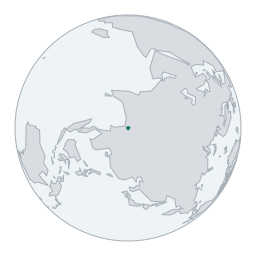 Sylhet on an orthographic globe, rotated 115°
{"feature_id": "BGD-2488", "entity_name": "Sylhet", "entity_type": "Division", "adm_level": 1, "iso_a3": "BGD", "parent_name": "Bangladesh", "parent_adm1": "", "projection": "orthographic", "projection_center": [91.663, 24.595], "detail": "fine", "context": "on_globe", "style": "filled", "palette": "teal", "viewbox_px": 256, "rotation_deg": 115, "n_neighbors": 0, "source": "natural_earth", "source_scale": "10m", "svg_char_len": 10822}
<svg xmlns="http://www.w3.org/2000/svg" viewBox="0 0 256 256"><g transform="rotate(115 128 128)"><circle cx="128" cy="128" r="113" fill="#eef3f6" stroke="#a8b0b8"/><path d="M170.9,23.9L170.6,23.7L174.9,26.7L179.6,29.3L175.9,27.7L187.2,34.2L191.7,38.3L184.5,32.7L182.2,31.5L184.2,33.6L182.2,32.9L182.0,33.7L179.5,32.7L175.5,29.9L173.7,29.3L175.3,30.9L173.7,31.2L171.7,28.9L168.7,29.3L161.4,25.4L158.2,21.2L152.1,19.4L143.2,16.6L141.9,16.6L137.7,15.9L134.7,15.8L133.9,15.6L132.1,15.7L133.4,15.9L133.1,16.1L131.4,16.1L130.1,15.8L130.8,15.7L129.5,15.7L128.6,15.6L127.2,15.4L126.1,15.7L122.9,15.7L122.7,15.5L126.0,15.4L127.6,15.4L136.5,15.7L145.3,16.7L154.0,18.4L162.6,20.8L170.9,23.9ZM183.5,31.5L182.2,30.4L184.1,31.8L183.5,31.5ZM182.5,33.9L183.5,34.6L183.0,34.7L182.5,33.9ZM178.6,33.5L177.4,33.7L177.9,33.0L178.6,33.5ZM126.2,15.4L125.0,15.4L126.2,15.4ZM176.3,33.6L173.6,34.5L175.6,35.8L168.4,32.9L173.1,32.9L173.4,31.7L174.6,32.9L176.3,33.6ZM134.6,16.0L133.1,15.7L135.9,16.0L134.6,16.0ZM136.4,16.1L145.4,17.1L146.7,17.7L143.4,17.2L146.4,18.1L142.6,17.9L140.1,17.3L140.0,16.9L138.7,17.2L136.4,16.1ZM164.9,31.3L163.6,31.2L164.2,30.8L164.9,31.3ZM133.2,16.2L134.9,16.2L136.1,16.7L133.0,16.7L133.6,16.5L133.2,16.2ZM149.0,18.6L149.4,19.1L146.4,19.0L146.2,19.2L142.6,17.9L149.0,18.6ZM132.4,16.5L131.3,16.7L129.2,16.6L131.6,16.2L132.4,16.5ZM137.8,16.9L138.2,17.2L136.9,17.0L137.8,16.9ZM121.0,16.6L123.0,16.5L123.9,16.6L121.0,16.6ZM131.0,16.9L131.8,16.9L132.3,17.0L131.2,17.2L131.0,16.9ZM140.8,18.1L139.5,18.0L142.1,18.5L140.0,18.7L138.0,17.9L138.0,18.3L137.3,18.3L136.4,17.6L140.8,18.1ZM131.7,17.8L128.4,17.1L124.5,17.3L123.7,17.0L130.1,16.9L131.7,17.8ZM134.5,17.7L132.6,17.7L132.5,17.3L133.8,17.1L134.5,17.7ZM139.3,19.1L143.0,19.1L143.3,19.3L139.3,19.1ZM130.5,17.9L131.3,18.1L130.3,18.0L130.5,17.9ZM136.6,18.7L137.9,18.7L138.2,18.9L136.6,18.7ZM131.9,18.6L130.8,18.3L131.7,18.1L131.9,18.6ZM134.0,18.7L134.2,19.0L132.6,18.2L134.6,18.6L134.0,18.7ZM136.7,19.0L137.3,19.1L136.1,19.0L136.7,19.0ZM129.2,19.7L127.1,18.7L129.0,18.2L130.8,19.2L129.2,19.7ZM31.6,69.7L37.4,63.1L36.1,66.4L39.3,71.0L39.1,72.7L35.5,76.9L35.2,88.5L39.0,85.8L42.0,93.9L46.2,96.7L53.5,88.2L46.8,83.3L48.9,77.9L56.9,77.8L63.3,82.6L64.3,80.7L63.0,74.2L67.3,72.1L62.9,71.8L62.6,74.3L59.9,74.3L60.0,72.0L61.5,71.3L60.3,69.3L53.5,73.8L52.4,76.9L47.7,74.6L45.5,79.6L43.3,80.6L46.1,72.7L48.0,70.6L51.0,61.2L48.6,63.1L45.6,72.3L45.3,70.9L42.0,74.2L44.2,70.6L48.1,60.6L45.7,58.9L37.9,64.3L37.5,63.2L39.4,59.7L47.2,51.5L47.1,55.0L49.9,52.7L54.1,47.7L53.7,49.3L55.4,47.9L55.8,49.2L60.5,47.6L61.5,48.8L67.3,45.0L68.6,45.3L64.8,47.3L62.7,49.6L65.7,53.1L67.4,52.9L71.0,50.3L71.3,51.8L74.4,48.9L78.1,50.1L76.1,46.4L80.2,43.8L84.6,43.0L85.6,41.6L78.5,42.9L75.9,44.1L74.3,46.1L67.1,49.4L65.2,48.9L71.4,43.4L69.4,42.3L75.2,38.9L90.9,36.7L95.5,37.8L94.6,44.8L91.3,45.8L89.9,43.7L87.5,48.0L89.5,46.5L89.8,47.9L93.8,46.2L94.2,47.2L97.3,44.1L98.3,45.1L96.3,47.0L103.0,45.8L106.1,47.6L107.4,46.9L107.9,45.7L111.5,49.1L112.3,48.4L111.5,47.0L112.5,45.0L115.8,42.7L116.9,44.0L115.8,45.0L115.2,49.2L112.2,51.9L113.0,52.2L115.8,50.2L116.6,45.0L118.3,43.4L118.4,45.7L118.5,44.7L119.6,44.3L121.8,45.2L121.9,42.7L133.3,37.7L138.5,39.3L137.4,41.6L146.4,40.6L151.6,43.2L150.8,41.8L154.7,40.8L153.1,39.9L153.0,39.2L162.1,37.2L165.0,37.9L168.0,36.1L167.6,35.5L165.6,34.8L168.4,32.9L175.6,35.8L176.2,37.0L180.3,38.2L181.0,41.0L183.4,44.0L181.7,46.7L183.8,49.2L185.2,49.5L189.1,53.3L192.3,60.8L183.6,53.5L177.6,43.5L179.5,47.3L177.3,46.2L176.8,47.5L178.3,50.4L179.6,50.8L172.7,55.5L172.7,64.0L177.2,63.2L180.6,65.6L184.5,76.2L178.7,91.7L183.3,96.3L184.0,99.6L181.1,101.9L179.9,97.2L176.3,95.7L176.1,92.9L171.0,95.5L170.5,91.6L166.8,95.8L168.9,98.8L173.6,97.7L170.6,103.5L176.3,108.7L177.7,115.3L170.6,127.8L162.4,131.9L162.0,134.0L158.4,131.8L154.0,136.2L161.3,147.7L161.2,151.1L154.0,157.8L153.7,155.3L144.1,149.4L142.6,157.4L150.0,163.9L152.5,171.4L147.0,169.2L144.4,162.5L141.0,160.2L141.6,153.3L138.3,142.8L132.8,144.7L133.0,140.5L127.6,131.6L119.4,133.9L106.7,144.1L105.3,154.7L100.8,158.8L94.3,142.6L93.8,132.0L90.0,132.3L84.5,122.3L70.9,118.4L70.3,115.4L67.4,115.9L63.8,111.8L63.4,106.9L60.6,106.2L62.0,119.2L65.2,120.0L69.7,116.7L69.4,121.0L73.0,126.0L64.2,133.7L46.1,136.1L46.6,127.9L44.6,102.3L45.9,100.2L46.0,99.9L46.1,99.4L43.6,102.6L44.0,97.8L42.7,114.7L41.4,121.3L45.8,136.5L44.8,137.3L46.9,140.9L56.4,141.5L55.9,144.1L50.1,154.1L39.0,164.8L41.8,176.0L43.2,184.4L39.2,186.8L42.6,193.7L40.9,194.2L42.8,197.7L43.2,200.0L42.7,201.1L39.4,197.5L36.4,193.5L36.1,193.1L30.5,184.4L21.7,165.2L20.2,158.9L18.9,152.5L16.3,135.8L16.7,129.1L16.5,125.0L16.0,123.8L16.2,119.0L16.0,117.7L16.0,115.8L17.2,107.7L19.0,99.7L21.3,91.9L24.2,84.2L27.7,76.8L31.6,69.7ZM30.9,71.2L29.9,73.0L30.9,71.2ZM67.7,92.9L73.1,95.6L74.7,88.6L76.9,89.2L76.6,86.7L74.8,88.1L74.8,81.7L78.5,81.0L79.9,78.3L78.2,77.3L71.3,79.7L71.3,88.7L68.4,90.6L67.7,92.9ZM64.4,39.7L63.2,41.1L61.1,42.3L59.8,41.6L62.9,39.8L64.4,39.7ZM62.0,42.9L68.5,38.1L69.6,38.6L67.9,39.1L67.9,39.9L65.2,40.9L59.8,46.5L57.6,48.0L56.4,45.5L58.0,45.3L59.1,43.8L62.0,42.9ZM83.4,27.6L86.2,26.2L84.8,28.9L82.3,29.9L80.9,29.1L83.0,27.5L83.4,27.6ZM118.2,15.9L119.4,15.8L119.7,15.8L119.0,15.9L118.2,15.9ZM118.4,15.8L116.4,16.0L116.2,16.1L117.1,16.1L121.8,16.0L128.2,15.8L129.1,16.2L128.0,16.5L126.6,16.6L126.5,16.2L124.7,16.6L123.4,16.2L121.9,16.5L113.4,16.8L114.3,16.5L108.3,17.3L108.3,17.1L112.3,16.5L107.8,17.2L118.4,15.8ZM114.8,24.1L115.3,23.0L111.4,25.1L110.1,24.1L109.8,24.4L107.5,24.2L104.2,24.6L104.1,24.1L102.8,24.5L101.3,24.4L99.5,24.8L98.7,24.2L96.5,24.7L97.4,24.1L93.8,25.2L96.1,24.1L94.4,24.2L93.0,25.2L92.9,21.9L91.1,21.9L88.3,22.7L92.7,21.1L98.1,19.5L103.3,18.6L104.5,19.0L106.3,18.4L107.3,18.5L105.5,18.9L108.9,18.3L109.3,18.6L114.0,18.7L118.8,18.0L120.6,18.1L118.9,18.5L121.9,18.4L120.0,19.4L121.3,19.6L120.7,20.8L116.7,21.8L118.4,21.9L118.0,23.1L114.8,24.1ZM128.9,20.0L124.5,21.0L121.6,21.0L123.9,18.8L123.0,18.5L124.4,17.4L128.5,17.5L127.8,17.7L128.0,18.0L126.6,17.9L127.9,18.2L126.8,18.7L127.5,19.1L125.9,19.3L128.9,20.0ZM41.0,71.7L41.2,72.6L42.1,73.4L40.1,75.6L41.0,71.7ZM43.5,64.9L44.0,65.2L41.5,68.4L41.3,67.6L43.5,64.9ZM46.4,62.7L44.2,64.9L45.2,63.3L46.4,62.7ZM65.5,47.5L66.3,47.8L65.6,48.5L64.1,49.2L65.5,47.5ZM103.2,31.1L103.9,30.2L104.7,30.2L108.0,28.5L109.2,29.3L107.7,30.5L103.2,31.1ZM51.2,89.0L48.8,89.9L48.7,88.6L49.5,88.5L51.2,89.0ZM43.2,82.5L44.0,85.2L42.7,83.1L43.2,82.5ZM105.1,31.7L106.3,30.9L106.2,31.7L105.1,31.7ZM110.3,29.7L110.5,30.6L109.8,29.2L110.3,29.7ZM99.2,233.4L101.4,234.4L99.7,234.1L99.2,233.4ZM56.4,188.9L56.3,201.5L52.6,199.9L49.9,195.3L48.6,187.2L52.3,186.5L53.6,183.2L56.4,188.9ZM179.0,186.1L182.0,186.1L181.8,186.5L179.0,186.1ZM175.8,184.9L179.3,184.6L175.1,186.0L175.8,184.9ZM180.7,184.5L184.3,183.1L185.8,182.1L185.5,183.1L180.7,184.5ZM173.4,185.3L159.9,186.4L154.5,185.4L155.8,183.7L164.6,183.6L173.4,185.3ZM155.4,183.7L147.0,179.2L135.1,164.8L139.4,165.1L151.8,173.6L151.0,175.2L156.1,178.8L155.4,183.7ZM175.4,173.2L174.6,177.7L167.2,178.1L163.8,177.6L161.5,172.0L162.8,169.0L165.6,168.9L176.1,157.7L179.8,159.7L176.7,164.4L179.7,168.0L175.4,173.2ZM105.8,155.8L108.5,162.3L106.0,163.1L105.8,155.8ZM180.0,149.9L176.0,155.0L179.6,148.4L180.0,149.9ZM182.0,143.9L182.4,146.2L180.5,144.2L182.0,143.9ZM162.2,137.3L159.2,138.0L159.0,136.3L162.7,134.4L162.2,137.3ZM178.7,121.0L179.2,125.9L178.8,127.7L177.2,124.9L178.7,121.0ZM117.3,38.8L111.3,40.0L107.8,41.8L107.1,44.1L105.5,41.6L110.9,38.8L117.3,38.8ZM131.2,37.6L131.8,35.9L133.2,36.5L133.3,36.9L131.2,37.6ZM130.3,36.6L127.8,34.9L129.3,33.9L131.0,35.4L130.3,36.6ZM116.3,32.7L114.4,33.0L114.6,32.2L116.3,32.7ZM194.4,218.4L196.3,216.1L199.1,214.5L196.3,217.1L194.4,218.4ZM189.3,212.3L168.9,221.2L164.9,221.2L167.0,218.8L165.4,212.2L166.8,212.2L167.1,207.3L179.7,201.0L189.1,190.8L194.9,190.2L200.1,182.6L205.7,181.6L203.4,187.2L208.4,188.7L213.8,176.0L215.0,186.9L217.3,189.3L215.6,195.7L204.1,209.8L199.4,213.6L199.3,213.0L197.1,214.7L194.9,215.3L195.5,212.5L193.2,214.1L196.2,210.9L192.6,214.1L192.2,212.3L189.3,212.3ZM228.8,176.5L229.1,176.4L229.0,177.5L228.5,178.0L228.8,176.5ZM232.9,167.3L232.9,167.8L232.7,168.2L232.9,167.3ZM232.8,167.2L233.3,165.8L233.0,167.0L232.8,167.2ZM232.0,162.9L232.4,162.1L232.4,162.4L232.0,162.9ZM186.4,185.4L190.8,181.3L193.0,180.6L186.4,185.4ZM231.7,162.0L230.9,162.5L231.1,161.8L231.7,162.0ZM232.0,160.4L232.0,159.5L232.2,161.3L232.0,160.4ZM230.6,159.4L231.5,160.4L230.5,159.7L230.6,159.4ZM230.0,160.1L229.2,159.9L229.3,159.5L230.0,160.1ZM220.0,166.5L222.9,170.5L220.2,171.7L217.3,169.5L214.3,173.7L208.1,175.2L209.7,172.8L209.0,169.9L202.2,170.5L200.8,168.7L203.4,166.8L198.7,166.2L203.8,164.1L205.8,167.8L208.7,163.7L213.4,163.2L217.7,163.1L220.8,164.9L220.0,166.5ZM203.6,173.4L204.5,173.1L203.6,174.6L203.6,173.4ZM227.8,158.5L228.9,159.8L228.7,160.4L228.2,160.4L227.8,158.5ZM221.6,163.9L225.2,158.9L225.9,158.6L223.5,163.6L221.6,163.9ZM224.4,157.0L226.0,156.8L226.7,158.4L226.3,159.0L224.4,157.0ZM193.1,171.8L192.8,173.0L191.4,172.3L193.1,171.8ZM194.9,170.7L199.0,171.2L194.5,171.8L194.9,170.7ZM181.8,168.8L183.1,171.4L187.1,169.0L184.0,172.0L186.7,176.2L185.7,178.1L183.1,173.5L182.0,178.8L180.1,178.9L179.3,174.7L181.2,169.1L183.0,166.6L190.3,164.5L181.8,168.8ZM194.9,167.3L193.8,164.2L194.6,161.9L195.8,163.4L194.9,167.3ZM190.3,156.8L187.0,153.4L184.3,155.4L189.7,149.1L191.9,153.3L190.3,156.8ZM187.3,148.7L184.7,150.4L187.2,146.9L187.3,148.7ZM184.0,149.2L183.5,146.5L185.6,146.6L184.0,149.2ZM188.6,148.6L188.8,143.9L190.0,146.5L188.6,148.6ZM182.1,140.5L186.9,144.4L181.0,143.3L179.9,134.4L182.4,133.8L182.1,140.5ZM190.6,102.3L189.5,99.8L191.5,98.9L191.7,100.8L190.6,102.3ZM197.1,94.4L191.7,97.9L187.3,101.0L189.0,101.9L188.8,106.4L185.6,102.8L188.2,97.5L191.7,95.9L191.4,92.3L193.5,89.4L191.8,85.1L192.5,83.0L195.1,86.5L197.1,94.4ZM190.9,83.4L188.7,75.9L192.8,76.2L194.3,77.9L193.5,81.2L191.4,80.7L190.9,83.4ZM189.4,74.2L187.3,73.9L179.6,63.9L179.0,61.9L187.0,69.3L185.5,69.4L186.6,71.9L189.4,74.2ZM164.4,31.9L163.7,31.3L165.0,31.7L164.4,31.9ZM152.0,38.8L152.1,37.9L153.6,38.3L152.0,38.8ZM153.2,35.8L151.5,36.0L152.9,35.2L153.2,35.8ZM147.6,36.6L150.6,35.8L148.4,37.3L147.6,36.6Z" fill="#d9dde1" stroke="#a8b0b8" stroke-width="1"/><path d="M128.9,128.1L128.8,128.3L128.7,128.4L128.5,128.5L128.4,128.5L128.4,128.8L128.3,128.7L128.2,128.7L128.1,128.8L127.9,128.7L127.9,128.8L127.9,129.0L127.7,129.0L127.4,129.0L127.3,128.9L127.4,128.7L127.2,128.7L127.2,128.4L127.3,128.4L127.2,128.4L127.2,128.2L127.2,127.9L127.1,127.7L127.0,127.4L126.8,127.5L126.8,127.4L126.7,127.2L126.7,126.9L126.8,126.9L127.1,126.8L127.3,126.9L127.6,126.9L127.8,126.9L127.9,127.0L128.0,127.0L128.0,126.9L128.4,126.9L128.5,126.9L128.8,126.9L128.9,127.0L129.0,127.0L129.3,127.2L129.4,127.3L129.5,127.3L129.5,127.5L129.4,127.5L129.2,127.5L129.1,127.4L129.0,127.5L128.9,127.9L128.9,128.0L128.9,128.1Z" fill="#14b8a6" stroke="#0f766e" stroke-width="1.5"/></g></svg>